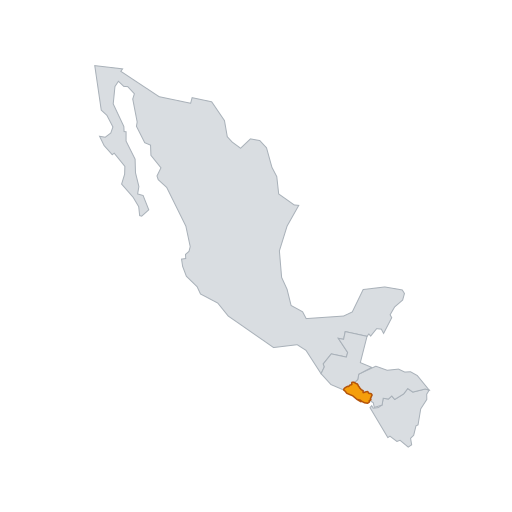 El Salvador highlighted, Natural Earth projection, rotated 12°
{"feature_id": "SLV", "entity_name": "El Salvador", "entity_type": "country or territory", "adm_level": 0, "iso_a3": "SLV", "parent_name": "North America", "parent_adm1": "", "projection": "natural_earth1", "projection_center": [-88.816, 13.798], "detail": "fine", "context": "with_neighbors", "style": "filled", "palette": "amber", "viewbox_px": 512, "rotation_deg": 12, "n_neighbors": 4, "source": "natural_earth", "source_scale": "50m", "svg_char_len": 3471}
<svg xmlns="http://www.w3.org/2000/svg" viewBox="0 0 512 512"><g transform="rotate(12 256 256)"><path d="M58.7,103.3L86.6,100.7L85.4,103.5L128.1,120.3L160.3,120.2L160.6,114.4L180.6,114.4L197.0,130.1L203.1,145.3L209.0,149.5L218.5,153.8L226.2,142.6L235.7,142.3L243.8,148.0L253.1,165.9L259.8,174.0L265.3,190.6L282.7,198.1L287.3,197.6L280.2,220.2L277.8,246.1L285.5,271.6L293.3,282.1L300.6,297.1L313.2,300.9L318.1,306.8L354.2,296.5L361.8,290.7L367.8,266.5L388.4,259.5L406.1,258.8L409.0,261.8L408.6,268.6L402.2,277.0L399.4,285.6L401.6,288.1L396.9,305.2L393.8,301.5L389.1,302.0L384.8,310.5L382.6,308.8L381.3,311.5L359.0,311.4L359.0,319.3L353.6,319.4L365.7,331.3L365.4,336.1L350.0,336.1L344.2,347.6L345.9,350.2L344.1,357.6L324.5,337.9L314.7,334.2L292.2,341.9L241.3,320.5L228.4,310.0L209.6,304.7L204.8,298.3L192.1,290.3L186.4,281.4L183.8,274.5L187.8,273.1L186.7,269.1L189.5,265.4L189.7,260.5L181.2,241.4L154.4,207.5L144.5,201.7L142.5,198.3L144.7,189.5L132.3,179.4L129.8,169.5L123.6,168.3L112.1,154.0L111.9,149.6L102.8,128.1L103.3,122.6L95.3,117.0L91.4,117.6L85.1,113.7L82.8,119.5L84.7,136.9L99.8,156.8L101.1,161.7L103.1,161.5L105.0,170.6L117.6,186.4L120.8,199.6L127.0,212.4L127.3,219.9L133.0,220.3L141.5,233.1L135.9,240.8L133.8,240.7L131.0,232.1L123.6,224.1L109.6,213.6L110.5,203.3L109.1,195.6L95.9,184.9L94.3,186.8L84.5,179.6L78.1,171.4L83.8,171.2L88.4,165.9L89.2,159.5L80.9,149.4L74.3,145.5L58.7,103.3Z" fill="#d9dde1" stroke="#a8b0b8" stroke-width="1"/><path d="M447.5,408.3L444.6,411.3L435.2,406.3L432.4,408.1L424.5,404.4L422.7,406.2L399.0,380.6L400.3,378.4L402.3,380.5L407.0,378.9L410.3,375.6L410.0,368.7L415.3,368.4L417.9,364.7L421.5,367.5L429.1,360.2L432.0,354.1L437.7,356.5L449.2,350.9L453.3,351.2L451.7,355.7L452.9,360.8L448.9,371.3L449.6,387.5L447.8,388.9L447.5,398.6L445.1,402.2L447.5,408.3Z" fill="#d9dde1" stroke="#a8b0b8" stroke-width="1"/><path d="M453.3,351.2L449.2,350.9L437.7,356.5L432.0,354.1L429.1,360.2L421.5,367.5L417.9,364.7L415.3,368.4L410.0,368.7L410.3,375.6L403.2,379.5L401.2,375.1L397.5,373.9L398.3,368.2L396.7,366.7L388.9,367.4L378.7,359.2L381.2,355.7L381.1,350.2L396.1,338.9L408.1,340.5L418.9,337.0L425.6,338.6L431.2,337.1L438.6,339.4L453.3,351.2Z" fill="#d9dde1" stroke="#a8b0b8" stroke-width="1"/><path d="M344.1,357.6L345.9,350.2L344.2,347.6L350.0,336.1L365.4,336.1L365.7,331.3L353.6,319.4L359.0,319.3L359.0,311.4L381.3,311.5L380.2,338.6L392.3,340.9L381.1,350.2L381.2,355.7L378.7,359.2L375.9,360.1L376.5,361.8L369.8,368.9L356.1,366.2L344.1,357.6Z" fill="#d9dde1" stroke="#a8b0b8" stroke-width="1"/><path d="M378.6,359.4L378.9,359.4L380.9,360.1L381.5,360.0L382.3,360.6L382.6,361.0L383.0,361.7L384.5,362.9L384.8,363.5L386.0,364.2L386.5,364.8L387.0,365.0L388.0,365.2L388.8,365.5L389.0,366.6L389.2,367.3L389.6,367.3L390.1,367.0L391.7,366.0L393.2,365.4L394.0,365.8L394.5,366.6L395.1,366.9L396.3,366.7L397.4,366.8L398.2,367.5L398.4,367.9L397.9,370.2L397.7,371.1L397.6,372.0L397.9,372.2L398.2,372.5L398.2,372.9L397.2,373.7L396.9,373.9L397.2,375.3L396.5,376.1L395.8,376.8L394.7,376.9L392.8,377.0L390.0,376.3L387.9,375.3L386.7,375.3L387.1,375.7L388.0,375.9L389.2,376.5L388.8,376.7L384.6,375.3L379.6,372.6L376.7,372.1L373.3,371.4L371.3,369.7L369.8,368.9L369.6,368.3L369.7,367.5L370.3,366.6L371.6,365.3L372.5,364.6L372.9,364.4L373.4,364.5L373.9,364.1L374.4,363.2L374.9,362.6L376.1,362.1L376.4,361.8L376.3,361.3L376.0,360.3L376.1,359.7L376.5,359.4L376.9,359.4L377.9,359.1L378.4,359.2L378.6,359.4Z" fill="#f59e0b" stroke="#b45309" stroke-width="1.5"/></g></svg>